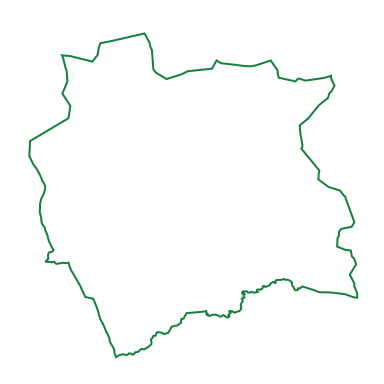 outline of Warji, Bauchi, Nigeria, rotated 177°
{"feature_id": "59680162B82946706311025", "entity_name": "Warji", "entity_type": "district", "adm_level": 2, "iso_a3": "NGA", "parent_name": "Nigeria", "parent_adm1": "Bauchi", "projection": "mercator", "projection_center": [9.757, 11.144], "detail": "fine", "context": "isolated", "style": "outline", "palette": "green", "viewbox_px": 384, "rotation_deg": 177, "n_neighbors": 0, "source": "geoboundaries", "source_scale": "gbopen_adm2", "svg_char_len": 3980}
<svg xmlns="http://www.w3.org/2000/svg" viewBox="0 0 384 384"><g transform="rotate(177 192 192)"><path d="M32.6,77.9L32.4,80.3L32.5,82.8L34.0,86.9L35.0,89.7L34.6,92.0L38.6,100.9L38.5,101.6L35.0,106.6L31.9,111.1L33.5,117.0L35.7,119.2L36.5,125.2L42.3,126.4L49.9,129.9L49.1,138.3L47.6,140.5L47.2,144.8L44.8,147.4L34.4,148.9L31.4,153.3L39.0,177.8L38.9,179.0L40.9,180.9L44.2,185.8L55.3,189.8L65.2,198.1L64.4,204.2L63.7,206.8L80.6,229.6L79.8,230.5L79.2,232.5L80.7,244.6L80.7,245.0L81.0,252.9L72.2,259.3L60.6,272.1L54.0,276.9L51.5,278.4L50.5,281.0L49.6,283.5L47.4,285.2L44.1,290.8L45.9,294.9L47.3,299.0L47.1,300.7L54.1,299.0L72.6,297.3L74.7,298.0L75.9,298.4L78.5,299.6L80.6,299.4L82.9,297.0L99.4,301.6L100.1,305.8L100.3,309.2L106.5,319.2L122.1,315.0L126.5,314.5L131.2,314.8L138.9,316.1L141.7,316.7L156.3,319.1L160.6,322.1L165.5,314.1L190.0,312.8L196.2,310.1L211.5,306.1L222.0,313.2L224.2,316.7L224.6,336.1L225.9,338.9L226.6,343.4L229.1,348.6L231.1,352.8L265.6,346.8L275.7,345.4L277.3,341.7L279.1,333.8L284.7,327.4L306.0,334.0L314.7,335.3L313.6,332.1L312.1,324.0L310.7,318.5L310.7,314.4L310.6,309.0L316.3,297.0L309.0,284.4L310.3,277.5L310.5,276.6L311.6,272.1L351.0,251.4L352.6,236.5L349.2,228.3L345.6,222.7L343.2,217.6L341.8,214.0L341.0,211.1L339.6,208.8L339.2,207.8L338.3,205.7L338.4,203.3L338.8,202.0L339.6,199.5L340.5,197.2L342.0,194.7L343.1,192.6L343.7,190.3L344.4,188.1L344.4,186.7L344.7,183.1L345.1,180.0L344.8,178.2L344.3,176.0L343.9,173.0L343.9,170.5L343.6,168.5L342.5,166.9L342.2,165.9L340.8,163.9L340.5,161.8L340.4,160.9L339.4,158.8L339.0,157.2L338.5,155.9L338.3,153.8L337.8,152.3L337.6,150.6L336.8,149.0L336.2,147.3L335.4,145.4L334.6,143.7L333.8,142.3L333.3,141.3L333.9,140.5L334.9,139.7L336.7,139.3L337.8,139.2L338.5,138.4L339.1,136.6L339.0,135.7L339.1,133.9L339.0,132.8L339.6,132.1L340.8,131.6L341.6,130.2L339.6,129.6L337.4,129.7L335.5,129.0L333.3,129.7L332.5,128.5L331.9,127.8L331.2,127.3L329.1,127.6L326.5,127.8L324.5,128.1L322.3,127.6L318.9,127.8L318.3,124.5L317.5,122.3L316.9,120.4L312.7,112.3L311.3,109.5L308.5,104.1L307.8,102.1L307.7,101.6L304.0,92.7L296.1,90.5L294.8,86.7L293.7,83.4L292.5,79.8L292.3,78.7L291.8,76.6L290.4,70.2L287.7,64.7L284.8,56.6L283.5,53.9L282.1,49.8L282.0,48.2L282.0,47.0L280.6,44.3L277.9,38.9L277.8,34.8L277.1,33.1L276.4,32.1L276.4,31.2L273.8,32.6L270.5,33.5L268.0,33.3L266.3,32.4L264.5,33.1L263.3,34.2L261.2,33.7L260.0,32.7L258.1,33.5L256.8,35.0L254.1,35.1L252.6,36.8L251.1,37.5L250.0,38.0L248.2,37.3L245.3,38.7L243.2,39.9L240.5,42.2L240.3,43.9L240.8,46.6L239.4,48.1L238.1,50.4L235.8,50.4L234.5,53.6L232.6,53.7L229.8,53.2L227.4,51.5L225.5,52.1L223.1,52.6L222.4,53.7L220.5,56.4L220.0,57.9L218.9,58.6L216.0,59.3L214.0,59.4L211.1,61.1L209.6,62.3L209.8,63.6L209.2,65.8L207.0,66.0L205.7,68.4L203.7,71.3L189.6,71.8L186.2,72.0L184.0,72.3L184.0,70.8L182.9,69.6L184.0,69.1L183.2,68.2L182.1,68.0L180.9,67.2L179.3,67.9L177.1,68.4L174.8,68.2L172.2,67.2L170.4,66.0L168.4,66.5L167.5,67.4L166.4,67.1L165.5,66.1L163.8,65.0L162.8,64.8L161.7,65.3L161.0,66.2L162.1,67.1L161.3,68.2L159.9,69.2L160.8,70.1L160.9,71.1L159.6,71.1L158.1,70.7L157.0,70.0L155.3,69.2L154.4,69.9L152.4,70.2L150.9,70.7L149.8,71.6L149.1,72.6L149.3,73.6L148.7,74.6L148.8,75.6L149.3,76.5L148.8,77.7L148.3,78.8L147.5,79.6L147.1,80.5L147.1,82.1L147.7,82.9L146.3,83.3L145.2,83.9L146.1,85.1L145.6,86.5L144.8,87.2L145.5,88.2L147.2,88.0L147.0,89.4L146.3,90.2L144.8,89.9L142.8,90.1L141.7,88.9L139.7,88.5L137.7,89.2L135.9,88.2L133.0,88.5L131.6,88.8L132.4,89.5L132.2,90.7L130.6,91.3L129.1,90.9L127.1,91.6L126.3,92.8L126.3,93.9L125.1,94.5L123.9,93.4L122.4,93.7L120.6,94.3L118.9,95.0L118.5,96.4L117.0,97.3L115.3,98.0L113.8,96.7L113.1,97.0L113.4,98.4L112.5,99.6L110.8,99.7L107.2,99.6L105.0,100.4L103.3,99.4L101.1,99.4L98.9,98.4L96.8,96.5L97.1,95.0L96.7,93.2L95.6,91.6L94.8,89.9L94.5,88.8L93.3,88.3L91.3,88.8L91.1,90.2L89.1,90.1L88.3,91.0L86.8,91.9L75.7,87.8L70.0,85.2L68.2,85.1L58.6,84.4L58.3,84.3L49.7,82.9L44.8,82.0L43.8,81.6L35.8,78.3L32.6,77.9Z" fill="none" stroke="#15803d" stroke-width="2"/></g></svg>